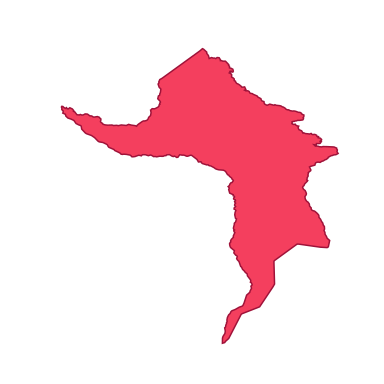 outline of Dianópolis, Tocantins, Brazil, rotated 101°
{"feature_id": "56859067B54547148967397", "entity_name": "Dianópolis", "entity_type": "district", "adm_level": 2, "iso_a3": "BRA", "parent_name": "Brazil", "parent_adm1": "Tocantins", "projection": "equal_earth", "projection_center": [-46.69, -11.796], "detail": "fine", "context": "isolated", "style": "filled", "palette": "rose", "viewbox_px": 384, "rotation_deg": 101, "n_neighbors": 0, "source": "geoboundaries", "source_scale": "gbopen_adm2", "svg_char_len": 5951}
<svg xmlns="http://www.w3.org/2000/svg" viewBox="0 0 384 384"><g transform="rotate(101 192 192)"><path d="M49.3,209.1L52.1,211.3L86.1,243.1L87.8,245.1L90.3,245.6L91.1,245.2L92.5,245.9L95.5,244.2L96.9,242.2L100.4,242.0L101.4,242.3L103.3,242.3L104.1,243.3L107.0,243.4L109.3,240.3L110.1,240.1L111.0,240.7L112.0,240.2L112.7,240.9L113.9,240.8L115.2,241.6L117.0,243.9L117.6,245.0L117.7,246.6L118.2,247.4L119.0,247.7L119.5,248.3L122.0,247.3L124.9,247.3L127.0,248.8L128.6,249.0L129.7,249.6L130.4,250.2L131.3,252.0L131.5,253.2L132.2,254.2L135.6,257.5L137.2,258.7L138.0,258.9L137.7,260.5L137.9,264.4L137.7,267.1L139.2,269.2L139.7,274.3L140.9,276.9L140.9,278.7L141.7,281.7L141.5,283.3L142.5,287.6L142.7,290.2L142.5,292.3L141.8,292.8L141.1,294.5L140.5,295.3L138.5,295.2L137.4,295.6L137.1,296.5L136.3,297.3L136.0,299.3L137.1,302.2L137.2,303.3L136.5,304.9L136.7,306.9L135.5,309.4L135.6,310.8L135.8,311.9L137.0,313.3L137.5,314.7L137.2,316.5L137.9,317.3L138.1,319.7L135.7,322.4L135.5,323.7L134.7,323.6L133.3,325.3L132.6,328.0L134.0,329.3L134.1,330.4L133.1,331.3L134.1,332.3L133.4,334.0L132.7,335.0L132.7,336.1L133.5,336.4L134.4,335.8L136.0,335.5L137.1,333.9L138.3,333.7L139.2,333.9L139.9,331.1L141.6,330.3L143.1,327.9L143.5,324.8L144.3,321.6L146.9,318.9L147.7,316.2L148.0,314.2L148.5,313.3L151.3,312.3L154.4,308.0L154.9,306.8L155.7,301.5L157.2,298.0L160.0,294.0L160.5,292.7L160.4,288.9L161.4,285.1L161.8,284.1L163.3,283.0L164.0,282.1L165.2,276.7L166.0,275.8L167.3,270.7L167.7,269.8L168.4,268.9L168.4,267.6L167.9,266.2L167.6,263.6L167.6,259.8L168.0,258.8L168.8,258.1L168.8,256.9L168.1,254.7L166.2,251.6L166.0,250.0L166.2,248.7L164.8,247.7L164.3,244.8L164.7,241.8L163.6,239.7L163.8,238.5L164.6,236.4L164.2,235.0L164.2,233.3L163.1,230.7L162.5,227.2L161.5,225.7L161.3,224.5L160.4,224.0L159.6,221.3L160.6,218.6L160.8,217.2L160.1,216.0L161.0,213.5L160.5,212.4L157.8,211.2L157.7,208.6L157.4,207.6L157.5,205.6L157.9,204.5L157.7,203.0L156.2,200.5L156.1,199.3L159.1,193.3L161.3,191.4L160.6,189.0L161.5,188.3L162.1,187.2L162.6,182.6L162.2,181.5L162.9,180.2L162.8,178.6L164.0,174.7L164.7,173.5L165.0,171.9L165.1,169.9L164.6,165.4L164.9,164.1L165.5,162.9L168.2,160.4L168.5,159.1L169.4,158.3L170.7,155.8L171.6,155.3L172.1,154.4L173.0,153.6L175.0,154.5L175.5,155.5L176.6,156.2L178.6,156.6L179.8,157.6L180.6,156.5L181.4,156.2L182.5,156.5L185.9,154.8L186.8,151.0L187.8,150.9L188.2,149.5L189.0,149.3L189.9,149.9L190.8,149.9L191.3,149.1L191.4,148.0L192.3,147.6L193.2,148.4L194.0,147.9L194.6,147.1L195.7,147.7L196.8,147.7L198.0,146.4L199.6,147.6L200.8,147.4L201.0,146.4L201.7,145.4L203.7,145.8L206.2,145.7L209.5,144.3L209.9,143.2L213.1,143.5L214.6,144.5L215.8,144.3L219.6,144.5L220.8,143.8L221.2,143.0L222.0,143.6L222.9,143.1L223.6,142.2L227.4,143.1L228.5,142.7L231.1,144.4L232.7,144.8L233.6,144.4L235.2,145.3L236.8,144.9L238.6,144.0L239.4,143.1L241.5,139.2L243.8,139.3L245.7,137.0L245.9,136.0L246.8,135.2L248.8,135.5L249.8,134.7L251.3,132.6L255.8,130.0L256.2,129.1L258.3,127.6L259.4,125.8L260.7,124.4L261.9,122.2L263.7,121.6L267.2,117.7L268.2,117.3L269.4,117.5L269.8,116.4L271.5,115.3L272.3,115.5L273.2,116.2L275.1,115.2L278.2,116.1L279.4,116.1L282.8,118.7L291.0,119.7L293.8,120.4L294.5,121.0L296.0,123.6L299.1,127.2L301.0,130.2L301.9,130.9L304.0,131.4L305.7,132.6L308.4,133.3L311.0,133.3L312.6,132.8L313.5,133.2L314.5,133.0L316.3,133.4L318.2,133.3L319.1,134.0L322.2,132.8L324.6,132.7L327.8,134.0L329.6,134.2L334.7,133.3L333.6,131.2L332.1,130.5L328.8,128.0L302.7,120.4L301.9,119.6L291.8,103.7L269.6,94.4L266.6,93.4L244.7,98.3L243.7,98.1L223.1,78.9L222.8,77.3L221.7,55.7L220.8,48.7L219.8,47.7L213.3,47.6L211.6,50.5L209.9,51.6L208.1,53.3L206.3,53.8L204.6,55.1L203.1,54.8L200.5,55.5L199.6,56.7L197.4,57.8L196.1,59.3L194.2,60.6L192.7,62.5L191.1,62.9L190.3,63.4L189.0,65.1L187.6,67.5L187.3,68.4L187.3,69.5L186.9,70.9L186.1,71.7L184.8,72.0L183.5,73.8L181.3,74.6L179.7,76.3L179.4,77.3L178.6,78.3L177.2,79.5L175.0,80.3L173.3,79.5L172.0,79.3L170.6,80.0L169.0,81.2L168.0,83.1L166.4,84.3L165.3,84.1L164.4,83.3L162.5,82.9L159.5,80.9L158.7,80.6L158.2,81.7L157.3,81.5L156.2,81.7L154.0,81.0L153.3,81.5L151.7,81.3L150.8,81.6L148.5,79.6L147.7,79.5L145.0,81.5L144.3,80.7L142.2,76.5L140.0,76.3L139.1,75.3L138.6,74.0L138.5,71.9L137.1,70.4L136.4,69.0L135.0,67.6L134.6,66.7L133.0,65.1L132.0,64.9L130.0,62.6L129.2,60.8L128.6,60.1L127.9,57.8L126.3,55.9L124.7,57.4L123.0,57.3L122.2,58.1L121.3,58.4L120.7,61.2L121.7,68.1L122.4,72.1L123.0,73.4L123.2,75.7L123.0,77.1L123.4,79.7L122.3,81.3L122.1,79.0L120.7,79.1L120.2,76.4L119.8,75.5L118.7,75.0L118.0,75.7L117.7,74.8L117.1,75.4L116.5,74.8L115.7,74.8L114.7,76.3L114.6,78.5L113.5,78.4L113.6,79.9L112.5,80.5L112.1,81.9L112.1,83.2L112.6,84.1L112.5,85.4L111.8,86.0L112.1,86.9L112.8,87.8L112.7,89.0L113.0,91.8L112.6,93.6L113.1,94.2L111.0,96.1L110.4,98.9L108.7,100.1L107.0,99.8L107.0,101.5L106.5,102.9L105.7,103.7L106.1,104.4L106.3,105.6L105.8,107.0L105.1,106.8L104.2,107.3L103.5,106.4L103.2,105.1L102.6,104.3L102.3,103.2L101.5,101.9L101.2,100.1L100.1,97.0L98.8,96.5L97.8,97.1L96.9,96.6L95.1,96.8L94.7,98.8L93.8,99.6L93.2,101.3L93.5,102.7L93.0,105.5L93.0,107.5L93.4,108.6L93.4,111.4L92.9,112.7L93.1,114.1L92.8,115.5L92.1,116.3L91.2,118.5L91.2,119.6L90.6,120.9L90.5,122.4L90.8,125.9L90.5,127.3L91.2,128.0L90.9,132.4L92.6,134.9L91.8,137.5L90.8,138.2L89.5,138.6L89.3,140.6L88.4,141.6L87.2,142.2L86.3,145.3L85.3,146.4L84.5,150.2L83.9,151.7L84.0,153.2L83.6,154.3L82.4,155.1L82.0,156.5L82.4,158.4L82.0,159.8L81.1,158.7L78.8,160.4L79.4,162.1L79.5,163.3L78.9,163.8L77.8,165.8L77.2,167.3L76.9,168.8L75.9,170.0L74.9,170.5L74.6,171.8L73.0,172.1L72.2,173.3L71.6,175.1L69.3,175.4L68.4,176.5L68.0,178.1L67.1,177.3L66.4,177.8L65.9,176.7L66.6,176.0L66.5,174.8L65.5,174.5L63.7,175.3L63.1,177.2L63.0,178.9L61.4,179.2L60.8,180.2L60.0,180.2L57.2,184.1L57.7,186.8L57.4,187.9L57.6,189.2L56.8,189.3L55.0,191.0L55.2,193.0L56.5,194.1L56.2,195.4L56.5,196.6L56.3,198.5L57.7,200.6L54.9,201.9L53.1,204.0L51.9,204.2L49.6,207.9L49.3,209.1Z" fill="#f43f5e" stroke="#9f1239" stroke-width="1.5"/></g></svg>